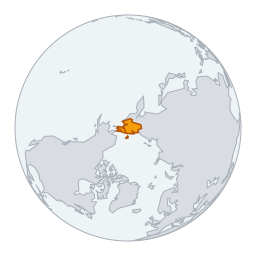 globe centered on Chukchi Autonomous Okrug, rotated 166°
{"feature_id": "RUS-2321", "entity_name": "Chukchi Autonomous Okrug", "entity_type": "Autonomous Province", "adm_level": 1, "iso_a3": "RUS", "parent_name": "Russia", "parent_adm1": "", "projection": "orthographic", "projection_center": [175.436, 66.707], "detail": "coarse", "context": "on_globe", "style": "filled", "palette": "amber", "viewbox_px": 256, "rotation_deg": 166, "n_neighbors": 0, "source": "natural_earth", "source_scale": "10m", "svg_char_len": 12293}
<svg xmlns="http://www.w3.org/2000/svg" viewBox="0 0 256 256"><g transform="rotate(166 128 128)"><circle cx="128" cy="128" r="113" fill="#eef3f6" stroke="#a8b0b8"/><path d="M136.6,239.4L136.7,239.5L136.6,239.4ZM230.1,80.4L228.1,76.5L227.3,74.9L230.1,80.4ZM235.1,93.1L234.9,92.7L235.5,94.6L236.6,98.1L237.6,104.5L236.8,105.4L233.6,129.3L232.0,131.2L229.8,129.7L217.8,134.9L228.1,134.9L225.5,137.8L221.4,139.3L221.2,137.2L215.1,137.2L211.3,140.1L202.5,138.4L193.0,129.4L195.7,128.5L193.1,126.5L189.5,127.7L187.8,128.9L173.9,124.9L161.3,129.1L159.3,134.3L158.2,130.2L155.7,143.0L150.2,148.4L155.3,139.9L154.9,137.2L150.5,139.6L149.1,137.4L146.3,137.3L145.0,134.5L148.1,129.9L147.4,128.0L144.3,129.9L141.1,128.3L145.7,125.9L140.7,122.9L144.9,115.0L158.2,111.3L159.4,105.1L170.0,96.7L167.9,95.4L170.5,91.5L169.1,88.6L171.5,88.0L168.2,86.2L166.3,87.3L164.3,86.9L163.3,85.3L166.1,84.2L167.1,84.9L167.4,83.7L169.2,83.9L167.7,82.9L171.3,81.9L166.3,80.6L167.9,77.8L170.7,77.8L172.3,80.8L182.8,88.8L186.1,90.0L189.2,88.4L190.9,78.9L193.8,79.0L196.3,76.9L193.8,75.3L191.0,76.4L187.1,73.2L184.1,75.1L182.0,74.1L178.2,74.9L176.7,71.6L177.4,67.9L180.5,67.1L180.9,65.5L176.3,63.7L180.5,59.9L180.5,53.5L181.8,53.0L187.3,56.3L191.5,62.5L198.7,67.3L192.0,61.0L195.4,60.0L195.1,58.5L193.7,56.8L191.6,55.9L192.4,55.0L199.3,60.7L198.7,61.7L196.5,59.8L198.5,62.8L203.2,66.9L204.5,66.2L210.2,73.6L211.2,73.3L213.0,74.7L211.0,74.8L214.7,74.9L221.6,84.6L226.8,86.1L223.9,88.9L224.2,92.8L225.0,97.9L226.0,98.2L225.8,104.8L227.9,112.0L231.9,116.5L234.6,115.9L234.4,108.2L232.9,104.8L231.9,99.1L235.8,106.0L234.6,97.0L236.6,100.5L236.7,99.2L235.3,94.2L234.1,90.2L232.1,85.3L229.4,79.2L230.4,81.0L235.1,93.1ZM179.5,199.3L178.7,197.7L180.7,197.8L179.5,199.3ZM177.3,197.3L177.8,197.8L177.2,197.5L177.3,197.3ZM176.2,197.6L177.0,197.4L176.1,197.8L176.2,197.6ZM174.7,198.1L175.5,197.7L175.4,197.9L174.7,198.1ZM228.6,87.6L227.0,78.8L229.4,84.7L228.7,83.3L228.8,85.3L229.4,89.8L231.1,95.4L228.6,87.6ZM172.3,198.3L171.7,198.3L172.4,197.8L172.3,198.3ZM224.5,81.4L224.9,83.1L224.3,81.3L224.5,81.4ZM187.2,129.9L189.6,128.0L193.3,127.8L191.5,129.6L187.2,129.9ZM179.9,130.2L180.6,128.6L183.4,130.7L182.1,130.9L179.9,130.2ZM158.2,138.7L160.4,137.2L158.7,139.4L158.2,138.7ZM146.1,137.8L145.9,139.0L144.5,138.5L146.1,137.8ZM179.2,76.8L178.7,75.9L179.7,76.2L179.2,76.8ZM178.1,78.0L179.5,79.0L179.2,79.7L178.3,79.1L178.1,78.0ZM141.3,133.7L139.1,132.6L141.8,132.9L141.3,133.7ZM176.3,76.6L178.4,80.9L177.8,82.2L173.8,81.0L176.3,76.6ZM138.1,131.4L132.7,128.9L131.8,131.3L131.2,123.4L136.0,128.1L139.6,128.1L137.8,129.6L138.1,131.4ZM166.2,88.3L168.2,87.1L167.5,89.6L166.2,88.3ZM166.2,90.1L167.0,98.7L163.6,99.9L164.0,96.7L160.3,99.5L158.3,95.8L159.8,93.4L162.5,93.4L159.7,92.0L166.2,90.1ZM131.8,119.6L130.9,118.4L132.4,118.8L131.8,119.6ZM163.4,86.9L163.9,88.5L160.9,89.7L159.5,86.7L160.9,87.2L163.4,86.9ZM160.4,102.1L157.9,102.4L155.6,99.5L154.3,99.3L157.9,95.8L160.4,102.1ZM161.0,86.2L158.8,85.1L159.2,83.2L162.8,85.5L161.0,86.2ZM160.8,91.2L159.3,91.6L159.7,90.4L160.8,91.2ZM159.6,75.8L160.2,77.6L158.7,78.4L159.6,75.8ZM157.9,84.9L157.8,85.5L157.3,86.1L155.9,85.0L157.9,84.9ZM156.0,94.0L155.6,92.8L154.4,95.3L152.6,93.3L155.4,91.4L153.4,91.4L152.9,90.8L155.7,89.9L156.0,94.0ZM153.0,85.4L155.9,82.4L155.0,78.9L156.3,78.1L157.4,84.0L153.0,85.4ZM154.3,88.1L153.8,86.3L155.7,86.2L157.2,87.5L154.3,88.1ZM150.4,92.7L152.5,96.2L151.8,96.5L150.4,92.7ZM152.4,84.4L151.7,85.2L152.1,84.2L152.4,84.4ZM150.6,90.1L151.4,91.3L150.6,91.6L150.6,90.1ZM149.7,85.7L150.6,84.7L151.7,85.5L149.7,85.7ZM149.8,87.7L148.5,87.9L151.5,86.4L150.3,88.2L149.8,87.7ZM149.7,90.2L149.5,90.8L149.5,89.7L149.7,90.2ZM145.1,83.4L148.6,81.3L151.0,83.0L147.2,84.8L145.1,83.4ZM149.1,17.4L130.2,18.0L124.2,17.8L106.2,21.2L103.7,21.6L103.9,20.1L89.0,23.7L86.4,25.8L74.7,31.1L68.1,35.5L69.0,38.5L79.8,31.2L83.6,31.0L76.4,37.7L67.2,44.8L68.4,45.0L75.7,41.6L75.2,44.5L78.4,40.7L76.0,41.3L77.9,38.9L80.3,38.2L80.0,39.3L83.2,37.6L83.8,33.4L81.3,33.6L88.7,29.0L85.3,28.9L86.8,27.4L93.1,27.1L93.7,27.9L104.1,27.3L104.1,26.0L94.3,26.5L96.7,25.8L96.7,24.3L98.5,24.9L109.3,24.9L117.0,22.7L124.2,18.5L129.3,18.1L134.8,18.7L134.9,22.2L123.5,22.8L123.4,24.2L128.0,26.2L124.2,26.3L124.7,27.3L120.6,27.8L117.1,31.1L113.3,32.2L114.1,35.9L112.3,37.0L112.3,34.5L110.3,33.4L101.1,36.9L100.0,38.3L101.3,40.5L98.6,41.2L101.0,42.9L96.8,46.4L103.9,43.6L105.6,46.3L104.3,49.9L106.2,50.3L108.3,44.6L108.0,42.8L105.7,42.0L106.1,37.0L108.7,35.3L113.3,38.8L117.6,36.9L119.2,40.7L112.3,53.5L108.4,57.8L97.1,59.1L96.8,56.5L100.6,54.7L95.1,53.9L96.5,55.1L94.2,55.9L95.3,58.8L93.8,59.5L97.4,61.3L95.6,62.4L93.4,61.3L93.4,66.8L90.4,70.1L91.1,71.1L92.8,71.2L87.8,75.4L88.6,76.0L90.5,74.8L93.3,75.1L96.3,77.3L94.4,78.7L93.1,78.0L87.4,78.8L84.1,77.0L83.7,77.8L86.1,79.7L93.0,78.7L95.3,79.7L92.1,80.6L93.4,80.3L94.0,81.3L92.8,83.5L96.4,82.8L105.3,91.6L103.8,97.0L99.9,96.6L104.1,104.7L102.2,110.4L104.0,109.2L107.2,112.5L107.9,110.7L109.0,110.4L117.6,118.4L118.1,121.5L123.8,123.9L124.8,123.3L124.7,121.2L131.2,123.4L131.8,131.3L129.7,132.1L131.5,136.5L126.4,137.9L123.0,141.2L116.3,140.3L114.2,143.1L115.2,144.5L113.1,149.5L105.3,155.1L107.4,144.2L118.1,135.3L113.4,138.3L113.2,135.8L110.7,135.7L107.5,138.1L107.9,139.5L96.2,134.3L85.9,137.2L89.7,141.1L89.4,145.3L80.9,152.7L63.7,152.8L63.1,158.9L61.3,160.8L57.9,158.9L60.5,156.0L59.4,152.0L61.4,150.8L56.7,146.9L59.3,145.0L54.5,143.0L53.4,146.2L56.5,150.3L51.2,149.6L50.9,156.9L48.0,160.8L38.5,159.1L33.2,153.0L32.3,153.5L31.7,149.2L28.7,147.0L27.8,158.4L27.0,159.8L23.2,155.9L23.5,154.6L22.0,143.1L20.0,145.2L21.1,154.7L21.4,160.3L19.8,154.3L19.7,149.0L19.2,144.9L20.6,142.5L22.5,135.2L21.0,130.8L22.3,129.3L24.7,120.7L23.2,114.3L20.1,106.9L17.7,110.1L17.5,107.8L22.0,95.2L25.7,90.4L26.3,87.2L31.8,78.4L38.4,64.8L40.3,63.1L41.3,60.8L45.4,56.1L48.5,53.9L50.5,51.2L42.3,57.5L40.3,60.6L39.8,63.2L37.8,64.6L34.0,69.7L35.0,65.2L41.2,56.3L48.5,48.2L48.9,47.9L65.2,36.3L65.5,36.6L66.0,36.5L65.9,35.6L69.2,34.2L58.9,39.4L56.5,41.0L54.4,42.7L61.0,37.4L68.0,32.7L75.3,28.4L82.9,24.8L90.8,21.7L98.9,19.2L107.1,17.3L115.5,16.1L123.9,15.4L132.3,15.4L140.8,16.1L149.1,17.4ZM135.1,16.1L135.1,15.9L135.1,16.1ZM56.0,52.4L51.5,58.0L56.2,56.8L54.8,58.9L56.9,57.8L56.5,56.7L62.0,54.3L61.1,57.3L63.0,57.6L64.6,55.7L65.5,50.6L57.6,53.9L57.5,52.0L56.0,52.4ZM230.5,86.3L229.8,84.1L229.7,83.3L230.4,85.1L230.5,86.3ZM222.8,68.6L221.6,66.5L223.2,69.0L222.8,68.6ZM226.6,77.4L223.7,70.4L226.7,75.7L228.4,80.2L226.8,76.7L226.6,77.4ZM226.4,83.3L226.1,82.0L226.7,82.7L226.4,83.3ZM224.0,80.1L224.3,80.7L224.1,81.2L224.0,80.1ZM195.0,59.6L194.5,59.1L193.4,57.4L194.6,58.2L195.0,59.6ZM184.5,49.9L185.9,48.6L185.7,50.0L187.7,50.8L189.8,55.0L182.6,52.9L185.5,53.1L184.5,49.9ZM190.5,60.2L190.0,57.7L190.8,60.6L190.5,60.2ZM131.4,32.4L129.3,31.7L129.7,30.3L134.6,29.3L133.9,31.3L131.4,32.4ZM126.1,31.2L129.3,35.2L126.4,36.1L127.5,34.9L125.3,35.1L126.4,33.2L120.6,30.3L120.6,28.9L129.5,27.5L126.6,28.7L128.9,29.2L126.1,31.2ZM142.4,45.1L143.7,47.2L135.8,46.5L135.4,44.6L140.2,43.4L143.4,44.8L142.4,45.1ZM168.8,73.7L169.8,74.8L169.0,75.1L167.5,74.4L168.8,73.7ZM160.0,76.6L163.5,69.3L164.8,70.2L165.2,65.1L169.0,65.3L168.6,68.6L171.7,65.1L172.9,68.1L174.6,65.5L173.3,72.8L174.5,75.5L171.8,72.4L168.4,72.0L167.2,72.7L164.8,76.7L165.6,82.5L162.3,83.2L159.7,82.1L159.1,80.8L161.4,80.8L158.8,79.1L161.7,78.0L160.0,76.6ZM132.0,71.2L135.0,71.4L130.3,68.4L133.1,67.1L132.4,66.8L133.7,64.8L134.1,62.0L135.7,61.8L135.1,60.8L136.0,59.5L135.8,58.0L138.5,57.2L138.5,55.4L139.8,56.1L139.0,53.2L140.8,55.0L142.2,53.6L139.7,52.6L155.0,52.4L160.0,51.1L163.2,49.2L165.9,52.7L164.6,56.8L161.2,60.8L156.0,61.6L158.1,63.1L156.3,64.0L155.3,62.4L155.7,65.3L153.9,65.7L150.8,69.7L152.4,73.8L151.3,75.5L149.8,74.0L149.7,76.7L146.2,75.0L145.3,76.2L140.9,75.8L138.5,72.4L137.7,74.0L134.3,73.9L132.0,71.2ZM143.9,83.1L140.3,79.3L140.2,76.7L147.9,78.4L149.2,77.6L154.1,78.8L154.2,82.6L152.8,81.9L151.5,82.1L152.0,80.8L150.6,82.0L148.5,81.1L146.9,81.8L146.2,80.3L143.9,83.1ZM101.9,22.7L100.1,23.2L97.6,24.1L97.6,23.2L101.9,22.7ZM109.3,22.6L107.8,23.1L106.5,22.1L108.4,21.7L109.3,22.6ZM108.1,24.2L107.8,23.2L109.1,23.5L108.1,24.2ZM111.1,35.1L109.7,35.8L109.1,35.4L109.4,34.5L111.1,35.1ZM118.5,62.7L120.3,63.1L120.1,63.7L122.8,66.2L120.8,67.5L118.5,66.5L118.5,62.7ZM70.2,36.8L71.5,35.2L72.8,34.6L72.1,35.3L70.2,36.8ZM84.7,28.0L80.9,29.6L84.7,27.8L84.7,28.0ZM116.9,64.5L118.2,65.4L116.4,65.5L116.9,64.5ZM119.6,68.6L117.7,69.0L120.9,68.0L119.6,68.6ZM35.4,191.8L37.5,194.7L35.4,191.8ZM33.2,188.2L35.4,191.5L33.0,188.1L33.2,188.2ZM36.3,192.7L38.5,195.5L39.5,196.6L39.4,196.7L36.3,192.7ZM31.8,186.1L25.1,173.8L22.9,168.3L23.1,168.8L26.8,177.0L31.8,186.1ZM23.0,168.4L19.8,158.6L17.5,141.4L18.3,145.4L21.1,160.6L20.9,160.5L22.8,166.9L23.0,168.4ZM31.6,182.6L31.4,183.8L27.5,177.0L25.9,173.6L24.7,169.0L25.3,168.9L26.6,171.5L32.9,176.6L34.8,181.0L32.5,180.0L34.1,184.5L31.6,182.6ZM17.5,111.0L16.3,116.2L16.4,114.2L17.5,111.0ZM36.5,177.1L33.2,175.4L36.5,176.0L36.5,177.1ZM39.1,176.4L38.7,177.8L38.1,175.2L39.1,176.4ZM31.2,155.0L29.8,152.5L30.3,151.7L32.4,154.3L31.2,155.0ZM45.7,164.0L43.7,166.5L42.8,166.8L43.1,164.1L45.7,164.0ZM102.4,77.4L100.8,72.4L98.5,69.9L95.1,70.0L99.2,67.8L102.8,71.7L102.4,77.4ZM105.1,89.7L108.0,89.7L107.3,91.2L106.5,91.4L105.1,89.7ZM106.5,88.6L109.2,85.8L111.2,86.8L108.7,88.8L106.5,88.6ZM112.9,74.7L112.6,73.1L114.0,73.1L112.9,74.7ZM44.0,203.0L44.7,203.7L50.0,209.2L52.5,210.7L58.7,215.9L58.2,216.2L66.1,222.1L67.8,221.6L76.3,228.0L81.3,230.5L72.9,226.3L65.0,221.4L57.5,215.8L50.5,209.7L44.0,203.0ZM107.1,238.5L108.9,238.9L112.9,239.6L109.9,239.1L107.1,238.5ZM132.2,240.0L133.8,240.0L131.6,240.1L132.2,240.0ZM136.6,239.5L134.0,239.7L136.6,239.4L136.6,239.5ZM112.5,238.7L113.7,239.0L113.1,238.9L112.5,238.7ZM111.7,238.5L112.2,238.4L112.6,238.7L111.7,238.5ZM101.7,235.1L102.5,235.1L103.0,235.4L101.7,235.1ZM40.7,198.6L43.3,201.0L45.1,202.9L40.7,198.6ZM100.1,234.3L97.8,233.6L97.9,233.4L100.1,234.3ZM99.9,233.8L99.4,233.4L101.3,234.5L99.9,233.8ZM95.2,231.8L98.2,233.2L94.9,231.7L95.2,231.8ZM93.7,231.3L91.7,230.4L91.8,230.4L93.7,231.3ZM74.7,223.5L81.7,228.5L76.8,226.2L71.0,222.1L67.8,221.0L59.7,215.4L61.1,215.9L59.7,213.9L52.2,207.3L50.6,205.2L53.1,206.9L48.5,202.0L53.4,206.1L55.8,209.8L58.7,210.8L64.4,215.3L70.4,219.6L75.8,223.7L74.7,223.5ZM54.1,210.0L55.0,210.8L54.3,210.6L54.1,210.0ZM87.9,228.2L90.8,230.0L90.6,230.1L89.2,229.5L87.9,228.2ZM76.9,224.1L82.5,225.6L83.9,226.2L80.3,226.0L76.9,224.1ZM80.9,224.0L83.7,225.5L85.4,226.9L84.8,226.9L80.9,224.0ZM43.8,199.0L43.7,199.3L42.5,197.6L43.8,199.0ZM45.3,200.3L49.1,204.5L45.1,200.4L45.3,200.3ZM35.4,186.8L36.3,189.2L39.1,192.0L37.0,190.4L39.2,194.7L38.7,194.6L36.4,190.1L36.2,191.3L35.0,189.7L34.0,187.0L35.0,186.3L36.3,187.0L41.5,193.1L35.4,186.8ZM45.2,198.8L44.3,196.4L45.0,196.2L46.0,198.0L45.2,198.8ZM42.1,189.8L40.3,185.3L38.1,183.5L42.9,186.0L43.8,189.9L42.1,189.8ZM41.3,183.5L39.3,181.8L41.7,182.7L41.3,183.5ZM39.0,180.5L39.3,179.0L40.7,181.0L39.0,180.5ZM42.3,184.8L43.5,183.0L43.7,185.2L42.3,184.8ZM40.1,175.2L42.1,181.4L38.6,175.2L40.8,170.5L42.5,172.7L40.1,175.2ZM64.1,168.2L64.9,166.2L67.1,167.8L65.9,168.7L64.1,168.2ZM74.9,171.5L68.0,167.6L62.5,164.5L63.2,166.5L60.0,168.0L60.2,163.6L65.6,164.0L69.4,166.8L72.0,165.2L76.0,166.2L78.2,163.0L80.7,162.9L79.7,166.7L74.9,171.5ZM79.1,161.5L84.5,156.6L87.6,160.8L87.1,162.8L83.3,163.2L81.9,161.0L79.1,161.5ZM86.7,156.7L85.4,154.6L90.6,143.7L92.5,142.5L90.2,152.7L88.8,151.3L87.0,153.3L86.7,156.7ZM130.1,119.3L130.8,118.5L130.9,119.8L130.1,119.3ZM109.2,109.4L110.8,109.2L110.8,110.7L109.2,109.4ZM115.0,109.6L113.9,108.0L115.9,109.2L115.0,109.6ZM111.2,104.6L113.8,107.1L110.2,105.5L111.2,104.6Z" fill="#d9dde1" stroke="#a8b0b8" stroke-width="1"/><path d="M119.2,121.2L122.8,121.7L124.6,123.9L124.7,121.1L131.2,123.4L131.8,131.1L130.6,132.1L129.2,131.2L127.2,132.0L129.7,131.8L131.8,135.7L123.3,136.5L121.8,134.8L122.9,133.8L122.1,132.4L114.8,128.1L115.0,124.3L118.7,123.8L119.2,121.2ZM131.2,123.4L134.9,125.6L135.9,128.2L136.3,126.5L139.8,127.8L137.4,129.1L138.3,130.2L137.5,130.9L138.4,131.5L137.7,132.0L133.0,130.2L132.8,128.4L131.8,131.1L131.2,123.4ZM130.8,118.4L131.8,118.3L132.5,118.8L131.2,119.6L130.8,118.4ZM130.8,118.4L130.2,119.9L130.0,119.4L130.8,118.4ZM123.2,121.2L123.5,122.1L122.8,121.5L123.2,121.2ZM138.0,130.7L138.4,130.8L138.0,131.0L138.0,130.7Z" fill="#f59e0b" stroke="#b45309" stroke-width="1.5"/></g></svg>